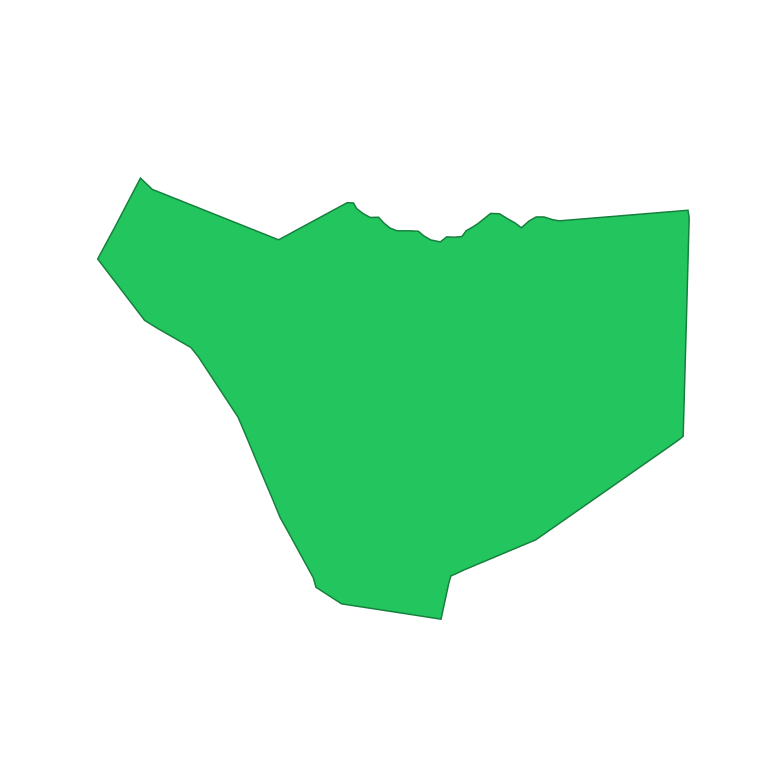 Central, Bahia, Brazil (Mercator projection), rotated 190°
{"feature_id": "56859067B75123668801869", "entity_name": "Central", "entity_type": "district", "adm_level": 2, "iso_a3": "BRA", "parent_name": "Brazil", "parent_adm1": "Bahia", "projection": "mercator", "projection_center": [-42.087, -11.142], "detail": "fine", "context": "isolated", "style": "filled", "palette": "green", "viewbox_px": 768, "rotation_deg": 190, "n_neighbors": 0, "source": "geoboundaries", "source_scale": "gbopen_adm2", "svg_char_len": 1007}
<svg xmlns="http://www.w3.org/2000/svg" viewBox="0 0 768 768"><g transform="rotate(190 384 384)"><path d="M415.7,172.0L387.6,160.1L287.0,162.3L285.6,199.2L284.8,206.5L272.6,215.0L207.4,257.0L88.5,375.6L83.8,380.4L80.3,384.5L96.2,492.2L112.3,600.6L114.8,607.9L239.8,575.1L246.4,575.1L255.5,576.3L263.2,574.9L269.3,569.9L275.9,561.7L283.0,565.4L290.8,568.1L299.9,571.7L308.6,570.5L314.8,563.4L319.7,557.9L324.2,553.8L329.7,549.2L332.9,542.7L340.6,540.7L347.8,539.8L353.2,533.7L363.0,534.0L370.7,536.9L376.7,540.4L384.2,539.5L392.4,538.1L397.7,537.1L405.4,538.7L412.5,542.8L418.3,547.3L426.6,545.6L434.3,548.3L441.4,552.0L445.5,557.0L451.7,556.2L500.0,517.9L504.3,514.4L512.9,507.7L646.0,535.4L653.8,540.6L659.6,544.5L676.8,490.2L679.6,481.9L682.2,474.0L687.7,457.4L630.8,405.1L616.3,399.3L580.5,386.4L571.5,378.5L522.0,326.0L515.7,316.4L507.9,304.4L493.4,281.6L473.6,251.0L463.0,234.3L453.2,222.3L438.9,204.5L431.7,195.5L420.0,180.9L415.7,172.0Z" fill="#22c55e" stroke="#15803d" stroke-width="1.5"/></g></svg>